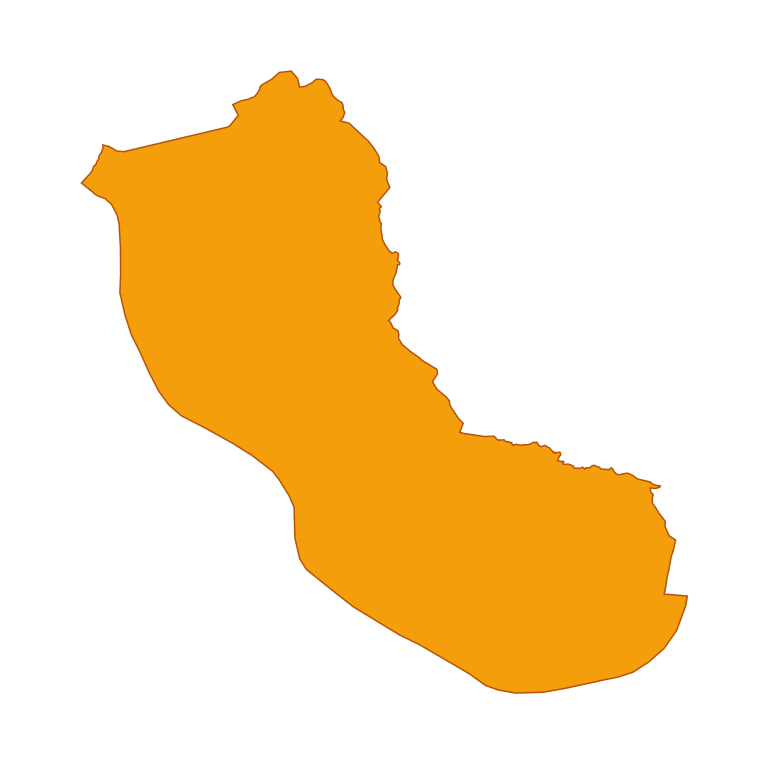 Svinita, Mehedinti, Romania (Equal Earth projection), rotated 356°
{"feature_id": "2599482B92352597607392", "entity_name": "Svinita", "entity_type": "district", "adm_level": 2, "iso_a3": "ROU", "parent_name": "Romania", "parent_adm1": "Mehedinti", "projection": "equal_earth", "projection_center": [22.119, 44.547], "detail": "fine", "context": "isolated", "style": "filled", "palette": "amber", "viewbox_px": 768, "rotation_deg": 356, "n_neighbors": 0, "source": "geoboundaries", "source_scale": "gbopen_adm2", "svg_char_len": 4472}
<svg xmlns="http://www.w3.org/2000/svg" viewBox="0 0 768 768"><g transform="rotate(356 384 384)"><path d="M402.0,173.9L401.9,173.2L401.6,170.8L400.8,167.2L395.2,162.9L394.8,156.7L390.6,148.4L385.4,140.6L382.5,137.7L380.1,135.1L367.5,121.5L358.5,118.3L361.5,115.6L363.8,110.6L362.6,107.2L362.4,102.4L361.6,100.3L358.1,98.0L354.6,94.6L353.4,93.0L352.4,91.1L351.2,86.7L348.6,81.0L346.4,77.6L344.5,76.2L340.5,75.4L337.5,75.3L336.9,75.8L332.9,78.7L326.4,81.4L320.5,82.1L320.3,80.8L319.2,73.5L313.4,65.4L301.5,65.9L301.0,66.2L292.7,72.5L283.4,76.9L281.3,78.6L280.3,81.6L278.1,84.8L275.1,88.2L268.2,90.4L260.9,91.7L254.2,94.1L252.6,94.7L253.3,96.2L257.4,105.8L254.0,109.4L251.8,111.8L249.1,114.7L246.9,116.5L245.4,116.9L140.8,134.1L133.8,133.0L133.2,132.6L129.7,130.2L126.7,128.1L120.2,125.9L120.3,126.8L120.4,128.3L119.8,129.7L118.8,132.3L118.1,133.5L115.8,136.3L115.0,139.8L113.2,142.0L112.4,143.8L112.2,144.1L111.9,144.8L111.3,145.4L110.2,146.0L109.4,146.8L108.8,148.4L108.2,150.1L107.2,151.8L105.3,153.8L96.2,162.4L106.8,172.2L107.8,173.5L111.8,176.6L118.4,179.4L124.6,185.5L129.5,196.7L130.9,205.7L130.6,229.4L128.9,256.0L126.9,274.8L130.5,297.3L135.3,316.9L143.3,336.4L150.8,356.8L158.9,375.7L167.7,389.6L179.7,401.6L200.6,414.2L228.8,432.5L247.3,446.0L266.9,463.4L272.3,471.4L281.6,488.9L285.7,500.7L284.4,531.3L287.7,552.4L293.6,563.5L312.9,581.5L337.8,604.1L381.8,635.3L401.8,646.9L448.9,679.0L464.2,691.8L476.9,697.3L493.8,701.5L521.2,702.6L544.0,700.2L584.3,694.3L596.4,692.8L612.1,688.9L628.5,679.9L645.1,667.2L658.7,650.3L669.4,626.5L671.8,616.7L666.9,615.9L655.9,614.2L648.8,613.1L649.0,612.5L649.5,611.3L650.2,608.6L651.0,605.1L651.8,602.0L652.6,597.9L653.0,596.4L653.4,594.9L654.1,592.6L654.9,590.4L655.4,588.8L655.5,587.6L655.9,586.0L656.8,583.2L657.0,582.4L657.7,579.2L657.9,578.2L658.7,575.6L659.8,573.1L660.7,571.0L661.4,568.8L664.0,560.0L661.6,558.2L657.8,555.2L655.4,548.5L654.3,545.5L655.0,540.6L650.5,533.9L649.2,531.9L646.8,527.1L643.6,522.0L643.6,516.7L644.8,513.3L642.4,509.9L642.3,506.3L647.6,507.2L652.1,506.1L652.3,504.9L648.4,504.1L644.7,502.5L642.7,500.3L633.4,497.4L630.0,496.3L625.6,492.4L621.0,490.0L617.4,490.1L611.5,491.1L609.2,489.6L607.2,487.3L606.1,484.4L604.5,483.5L603.2,484.6L602.6,485.1L597.0,484.3L594.1,483.8L593.3,482.0L591.3,481.6L588.2,479.8L586.1,480.0L583.3,481.8L582.3,481.9L580.3,481.7L579.2,481.9L578.4,483.0L576.2,480.7L574.4,481.7L568.2,481.4L567.4,480.1L567.3,479.1L566.4,478.9L565.5,478.6L565.2,477.9L562.9,477.3L562.7,476.8L561.6,476.8L559.7,476.7L557.7,476.7L557.0,476.2L556.9,474.8L557.9,474.2L557.6,473.6L554.8,473.6L551.8,472.6L552.6,470.6L553.3,469.9L553.5,468.7L555.4,467.1L555.0,464.7L553.7,464.2L551.6,464.5L550.6,465.1L549.9,464.1L549.1,463.8L548.3,464.5L547.7,463.2L546.4,461.6L544.6,459.3L541.6,457.5L540.5,456.4L538.6,456.9L536.7,457.5L535.0,456.8L533.9,455.9L533.1,453.8L532.8,453.0L532.4,452.8L531.4,452.8L531.1,453.1L530.6,453.0L529.7,452.5L529.2,452.6L528.2,453.0L526.1,454.0L524.0,454.4L521.5,454.6L519.2,454.3L516.1,454.8L513.6,453.9L511.5,453.5L510.2,453.6L509.1,454.3L508.6,453.7L508.0,453.7L507.5,452.6L507.5,452.0L507.1,451.4L506.2,451.1L505.4,451.3L504.8,450.5L503.3,450.2L502.4,450.3L501.3,449.8L500.5,448.7L500.2,448.2L498.4,448.0L497.4,448.2L496.8,448.0L495.6,447.8L494.8,448.5L494.4,448.1L494.1,447.7L493.2,447.4L490.0,443.7L480.4,443.4L473.0,441.7L461.1,439.1L456.3,437.6L459.1,431.2L460.3,428.8L455.9,423.6L451.7,416.2L449.8,412.9L448.1,409.1L448.2,405.5L446.7,403.4L445.2,401.3L436.6,393.1L432.5,385.2L436.2,380.2L438.1,377.7L437.8,373.1L423.9,363.3L420.6,359.8L418.7,358.3L412.6,353.4L405.1,346.1L403.0,342.2L401.6,339.5L402.3,336.1L401.7,331.8L397.8,329.2L396.8,328.5L395.5,324.5L393.8,321.3L392.9,321.0L400.1,315.2L403.0,311.0L402.6,309.3L403.6,307.2L404.6,305.2L405.1,301.5L406.8,298.6L404.0,293.9L401.2,289.2L399.8,285.3L400.1,282.1L401.3,278.5L402.6,276.5L404.3,272.6L404.5,270.7L405.1,269.8L405.3,267.9L405.8,266.0L407.2,266.3L408.0,265.6L408.2,264.5L407.7,263.6L406.3,262.4L406.4,261.1L405.8,260.4L406.6,259.8L407.2,257.9L407.6,255.5L406.8,254.3L405.7,253.4L404.4,252.9L402.3,254.1L401.5,254.2L398.4,251.5L394.8,245.3L393.1,241.0L392.3,239.0L392.4,234.8L391.9,232.0L391.7,228.6L392.1,226.6L392.6,224.2L391.1,220.9L391.1,219.1L390.4,217.1L390.9,214.8L391.7,213.3L392.2,211.0L391.6,208.4L393.8,207.0L390.3,202.3L395.3,197.0L398.9,193.3L403.6,188.3L401.4,182.2L401.2,180.4L401.1,178.6L401.6,176.6L402.1,174.6L402.0,173.9Z" fill="#f59e0b" stroke="#b45309" stroke-width="1.5"/></g></svg>